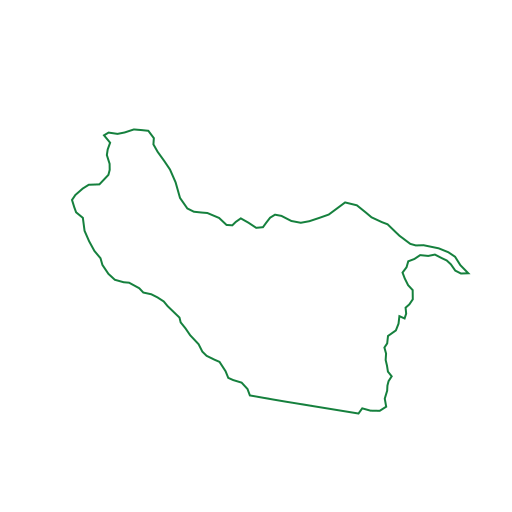 Guaraíta, Goiás, Brazil, rotated 126°
{"feature_id": "56859067B84208885537844", "entity_name": "Guaraíta", "entity_type": "district", "adm_level": 2, "iso_a3": "BRA", "parent_name": "Brazil", "parent_adm1": "Goiás", "projection": "robinson", "projection_center": [-50.064, -15.682], "detail": "fine", "context": "isolated", "style": "outline", "palette": "green", "viewbox_px": 512, "rotation_deg": 126, "n_neighbors": 0, "source": "geoboundaries", "source_scale": "gbopen_adm2", "svg_char_len": 1821}
<svg xmlns="http://www.w3.org/2000/svg" viewBox="0 0 512 512"><g transform="rotate(126 256 256)"><path d="M156.3,192.2L156.0,197.9L155.7,204.2L160.3,215.4L172.1,219.1L179.7,221.5L187.7,227.0L196.5,233.3L202.8,239.3L206.9,248.0L208.6,259.0L211.4,264.9L216.7,267.1L223.3,267.3L228.6,267.3L233.1,272.4L233.5,281.7L234.5,290.4L240.3,292.4L245.1,293.2L248.2,298.1L246.9,308.2L249.8,320.6L252.9,325.7L256.7,332.3L257.9,339.5L253.7,351.6L243.7,364.3L236.6,376.4L233.1,386.0L229.5,396.9L226.0,404.6L220.7,407.9L218.0,416.7L221.4,422.6L225.4,429.2L233.3,434.9L238.6,439.8L242.8,447.8L247.7,449.9L250.1,440.6L257.0,438.6L262.0,436.0L267.5,428.6L272.3,425.0L277.1,423.1L290.1,424.8L296.7,433.2L303.2,435.8L312.7,438.0L318.8,437.8L323.3,431.8L326.4,427.2L326.9,418.5L336.4,409.5L342.1,399.8L346.9,389.7L349.2,380.5L353.5,375.0L357.2,364.9L358.2,356.2L355.0,347.6L352.2,343.0L350.7,331.5L351.8,325.7L348.5,318.2L347.4,311.4L347.0,303.9L348.5,298.1L350.8,281.7L354.0,277.9L356.0,270.5L358.8,262.7L361.1,250.6L364.9,243.2L365.8,237.3L364.3,228.7L363.1,223.3L367.1,212.9L370.9,206.8L369.8,201.6L366.9,193.2L368.6,184.7L372.4,179.0L361.9,157.5L355.8,145.2L323.2,80.5L316.8,80.5L313.8,72.4L308.5,64.9L301.4,62.1L295.7,68.0L287.9,70.7L283.6,73.5L279.3,75.2L273.6,75.5L272.0,81.3L267.7,85.6L263.9,90.0L258.5,93.4L254.6,98.3L249.6,98.5L243.1,102.2L234.0,99.1L227.0,100.9L220.4,104.6L219.2,99.1L214.4,100.6L209.9,104.6L205.0,103.5L198.9,103.7L191.5,109.2L190.2,115.8L186.7,122.5L183.3,127.7L176.6,127.6L170.8,129.7L165.3,126.1L158.8,123.7L154.7,116.7L149.7,112.1L148.5,104.3L147.5,99.1L148.2,93.4L150.7,86.2L149.7,79.9L145.2,74.1L143.3,85.3L139.6,94.5L139.9,102.6L142.4,112.7L148.8,126.8L153.5,132.9L155.5,138.3L155.3,151.8L154.6,157.0L153.0,168.2L154.6,174.0L156.8,185.3L156.3,192.2Z" fill="none" stroke="#15803d" stroke-width="2"/></g></svg>